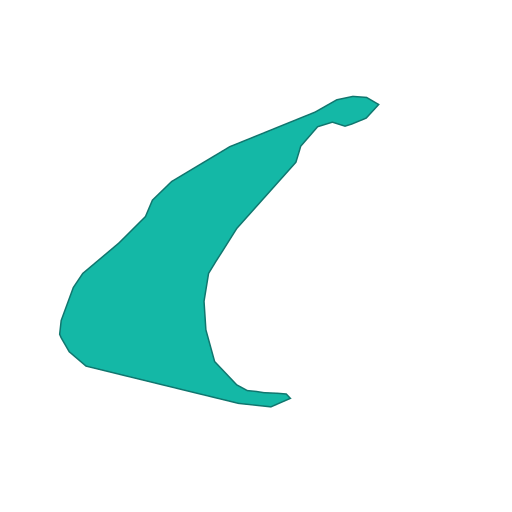 Nantucket, Massachusetts, United States of America (Natural Earth projection), rotated 131°
{"feature_id": "52423323B47905601981877", "entity_name": "Nantucket", "entity_type": "district", "adm_level": 2, "iso_a3": "USA", "parent_name": "United States of America", "parent_adm1": "Massachusetts", "projection": "natural_earth1", "projection_center": [-70.11, 41.315], "detail": "fine", "context": "isolated", "style": "filled", "palette": "teal", "viewbox_px": 512, "rotation_deg": 131, "n_neighbors": 0, "source": "geoboundaries", "source_scale": "gbopen_adm2", "svg_char_len": 762}
<svg xmlns="http://www.w3.org/2000/svg" viewBox="0 0 512 512"><g transform="rotate(131 256 256)"><path d="M61.2,262.8L62.2,268.2L63.8,276.6L72.0,287.6L85.1,297.5L108.6,305.8L190.7,347.5L255.0,368.5L258.2,368.8L281.8,370.8L298.7,365.3L336.3,368.0L382.8,375.3L399.6,373.2L432.5,360.7L443.9,352.8L445.5,349.5L450.8,334.1L450.6,312.0L431.5,274.9L378.7,172.5L360.1,145.8L340.9,136.7L340.9,136.8L340.3,142.6L342.7,145.9L345.2,149.3L354.0,160.4L358.1,167.0L363.3,174.3L365.9,186.0L363.4,212.0L362.8,218.0L344.6,245.4L324.3,265.5L300.2,280.4L287.7,282.5L287.3,282.6L273.7,284.6L247.8,288.6L159.1,287.4L148.1,292.3L143.8,294.3L118.0,294.3L105.1,286.3L104.9,286.2L99.6,274.0L93.6,270.3L79.6,263.3L61.2,262.8Z" fill="#14b8a6" stroke="#0f766e" stroke-width="1.5"/></g></svg>